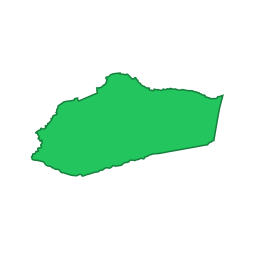 Cai Nuoc, Cà Mau, Vietnam (Robinson projection), rotated 59°
{"feature_id": "81297802B26446696948049", "entity_name": "Cai Nuoc", "entity_type": "district", "adm_level": 2, "iso_a3": "VNM", "parent_name": "Vietnam", "parent_adm1": "Cà Mau", "projection": "robinson", "projection_center": [105.034, 9.008], "detail": "fine", "context": "isolated", "style": "filled", "palette": "green", "viewbox_px": 256, "rotation_deg": 59, "n_neighbors": 0, "source": "geoboundaries", "source_scale": "gbopen_adm2", "svg_char_len": 5688}
<svg xmlns="http://www.w3.org/2000/svg" viewBox="0 0 256 256"><g transform="rotate(59 128 128)"><path d="M148.9,29.9L148.4,32.4L148.2,33.2L148.0,33.6L147.7,34.3L147.5,34.9L147.6,35.5L147.9,35.9L148.1,36.3L148.2,36.7L148.2,37.2L147.8,38.0L147.5,38.6L146.8,39.3L146.4,40.4L146.1,41.2L145.7,41.8L145.4,42.0L144.8,42.2L144.3,42.6L143.8,43.4L143.7,43.5L142.9,43.8L142.6,44.0L142.4,44.3L142.0,45.0L141.5,45.6L141.3,45.8L141.1,45.8L140.7,45.4L140.1,45.3L139.6,45.3L139.3,45.4L138.5,46.8L138.4,47.0L138.1,47.3L137.7,47.4L137.1,47.4L136.8,47.6L135.9,48.5L135.5,48.8L134.7,48.9L134.3,49.1L134.0,49.8L133.8,50.0L133.0,50.3L132.7,50.5L131.9,51.3L131.1,52.5L130.7,52.8L129.9,53.0L129.5,53.4L128.8,54.5L128.0,55.4L127.3,56.7L126.8,57.5L123.2,61.4L122.9,61.8L122.7,62.6L122.4,63.6L122.1,64.5L121.8,64.9L121.2,65.5L120.3,66.2L119.1,67.2L118.7,67.7L118.0,69.3L117.6,69.8L116.8,70.3L116.2,70.9L116.5,71.2L115.6,72.2L116.0,72.8L114.6,74.1L114.5,76.2L114.2,76.6L113.7,77.0L113.0,77.4L112.9,77.6L112.9,77.9L112.9,78.3L113.1,79.3L113.1,79.6L113.1,80.0L112.7,80.5L110.4,82.6L110.5,83.3L108.2,85.5L109.2,86.8L106.7,89.8L106.3,89.9L106.1,89.7L105.7,89.7L105.4,89.9L105.2,89.8L104.9,89.2L104.6,89.3L103.9,90.5L103.4,91.2L102.8,91.8L100.6,92.7L99.2,94.0L98.6,94.2L97.9,94.5L97.6,94.5L96.8,94.4L96.1,94.5L95.9,94.6L95.3,95.1L94.3,95.4L93.8,95.5L93.0,95.5L92.4,95.1L92.2,95.1L91.7,95.2L90.9,95.9L90.6,95.9L90.1,95.9L89.5,95.4L89.3,95.4L88.5,95.9L88.6,99.0L82.7,100.5L81.7,100.7L81.5,101.0L81.0,102.6L78.8,105.3L77.6,107.1L76.8,106.5L76.4,107.3L74.3,111.8L73.9,112.9L73.5,115.0L73.5,115.8L73.6,116.5L73.9,117.5L74.0,118.1L73.9,118.6L73.6,119.5L73.3,120.0L73.3,120.5L73.4,120.9L73.5,121.1L74.2,121.4L74.5,121.4L75.3,120.8L75.5,120.8L75.9,121.1L76.2,121.6L76.6,121.8L76.8,122.1L77.5,123.2L77.7,123.3L77.9,123.4L78.1,123.5L78.4,123.8L78.6,124.2L78.6,124.5L78.8,126.1L78.7,127.1L78.8,127.5L79.0,128.0L79.2,128.8L79.3,129.5L79.3,130.4L79.2,130.7L78.7,131.6L78.6,132.2L78.5,132.7L77.6,134.1L78.0,134.2L78.8,134.7L79.8,135.3L81.0,135.8L82.1,136.2L82.2,136.3L82.2,136.7L81.5,141.7L80.6,148.2L79.5,156.4L77.8,156.5L77.4,156.4L76.5,155.7L76.0,156.7L75.7,157.6L75.5,158.3L75.5,158.8L75.7,159.2L76.4,159.9L75.5,162.2L74.5,164.9L73.9,165.9L72.9,168.5L72.6,169.6L72.6,170.3L72.7,170.7L72.8,171.1L73.0,176.4L74.8,177.9L74.8,178.2L74.9,178.4L75.3,179.0L75.6,179.5L76.6,180.4L77.3,180.8L77.6,181.1L77.7,181.4L77.7,181.7L79.2,181.5L79.5,182.0L79.6,182.5L79.2,184.5L79.0,185.6L79.1,186.1L79.2,186.5L80.0,187.1L80.3,187.4L80.5,187.8L80.5,188.0L80.4,188.6L80.3,188.9L80.5,189.3L81.0,189.0L81.3,189.0L81.9,189.5L82.1,189.9L82.5,191.7L82.6,192.2L82.7,192.5L82.8,192.7L83.3,193.3L83.4,193.5L83.2,193.7L82.8,194.0L82.8,194.3L82.8,194.5L83.0,194.7L83.6,195.0L83.8,195.2L84.1,195.7L84.2,196.0L84.1,196.4L84.0,196.7L83.6,197.2L83.5,197.5L83.7,197.9L84.0,198.0L84.7,197.9L85.2,197.9L85.5,198.1L85.4,199.5L85.5,200.6L85.5,201.0L85.3,201.3L85.0,201.6L83.8,202.2L83.6,202.4L83.5,202.7L83.5,203.0L83.7,203.4L84.3,204.0L84.4,204.3L84.5,204.5L84.4,204.8L84.1,205.7L84.1,206.1L84.2,207.7L84.2,208.4L84.3,208.9L84.5,209.3L84.6,209.5L84.9,209.5L85.2,209.3L85.8,208.5L85.9,208.4L86.2,208.3L86.4,208.3L86.8,208.5L87.8,208.7L89.7,208.6L90.0,208.7L90.2,208.8L90.5,210.1L90.6,210.4L90.8,210.4L91.0,210.4L92.4,209.8L92.7,209.8L92.9,209.8L93.2,210.0L93.5,210.0L93.8,210.0L94.0,210.0L94.1,209.8L94.2,209.7L93.9,208.9L93.8,208.6L93.9,208.4L94.0,208.3L94.2,208.2L94.8,208.3L95.5,208.6L96.8,209.8L97.1,210.3L97.4,211.4L97.6,211.6L97.8,211.7L98.0,211.8L98.4,211.7L99.1,211.7L99.6,211.8L99.9,212.2L99.9,212.5L99.8,213.0L99.0,215.1L99.0,215.5L99.1,215.8L99.3,216.1L99.7,216.3L100.5,216.5L101.2,216.5L101.6,216.8L101.7,217.0L101.6,217.5L100.8,218.5L100.7,218.7L100.8,218.9L100.9,219.3L101.9,220.4L102.0,220.7L102.1,221.0L102.0,221.3L101.4,222.4L101.3,222.7L101.3,222.9L101.4,223.2L101.6,223.4L102.4,223.9L102.7,224.1L102.8,224.3L102.9,224.6L102.9,225.4L103.6,225.6L104.8,226.1L105.4,226.1L105.9,226.1L107.4,224.7L108.2,223.4L109.3,222.1L112.7,218.6L113.4,218.1L114.0,217.7L114.5,217.6L115.5,217.6L117.0,217.4L117.9,217.2L119.1,216.4L121.0,214.3L121.4,213.9L122.2,213.6L122.8,213.6L123.1,213.1L123.5,212.8L125.7,211.7L126.1,211.3L126.8,210.2L127.4,209.4L127.8,209.0L128.4,208.7L129.2,208.5L131.2,208.3L131.8,208.0L132.1,207.8L132.6,207.0L133.7,205.9L138.8,201.4L140.1,199.9L142.2,197.1L142.5,196.5L142.7,194.0L143.0,193.1L143.4,192.5L143.8,192.1L144.1,192.0L144.9,192.0L145.4,192.0L145.7,191.9L145.9,191.6L146.1,190.9L146.8,187.0L147.2,186.0L147.5,185.1L148.3,181.3L148.9,179.1L150.0,176.6L150.1,176.3L150.1,175.7L150.1,174.9L150.0,174.3L150.0,173.6L150.2,173.0L150.8,172.0L150.8,171.7L150.9,170.9L150.8,169.9L150.7,168.6L150.6,167.9L150.8,167.3L151.7,166.0L152.5,165.0L152.9,164.5L153.0,163.9L153.1,163.3L153.0,162.6L152.7,160.7L152.7,160.2L152.8,159.8L153.3,159.3L153.9,158.7L154.2,158.3L154.5,157.9L155.2,156.2L156.4,153.2L156.4,152.7L156.4,151.9L156.0,150.2L155.9,149.5L156.1,148.6L157.3,145.7L157.3,145.3L157.3,144.9L157.3,144.5L156.8,143.3L156.8,142.6L157.0,142.2L157.9,140.7L158.5,139.8L158.7,139.6L159.3,139.2L159.4,138.9L159.7,137.0L159.9,136.1L160.2,135.6L160.4,135.1L160.5,134.6L160.4,133.5L160.4,133.1L160.5,132.8L160.6,132.5L161.9,131.3L162.3,130.8L162.5,130.4L162.5,130.0L162.3,129.4L161.7,128.6L161.7,128.4L161.7,128.0L162.3,125.5L162.2,123.8L162.3,123.1L162.7,121.9L163.0,120.6L163.3,119.4L164.4,117.3L165.0,116.2L166.3,113.3L167.1,111.2L168.8,106.5L174.1,92.6L176.5,86.2L177.2,84.4L179.0,79.7L182.5,70.3L183.4,68.5L183.2,68.2L182.9,67.4L182.6,66.3L182.5,65.6L182.6,64.8L182.8,64.0L182.8,63.5L182.8,63.1L182.6,62.4L182.6,61.9L183.0,60.9L182.8,60.8L175.3,54.3L163.7,44.3L158.0,39.2L148.9,29.9Z" fill="#22c55e" stroke="#15803d" stroke-width="1.5"/></g></svg>